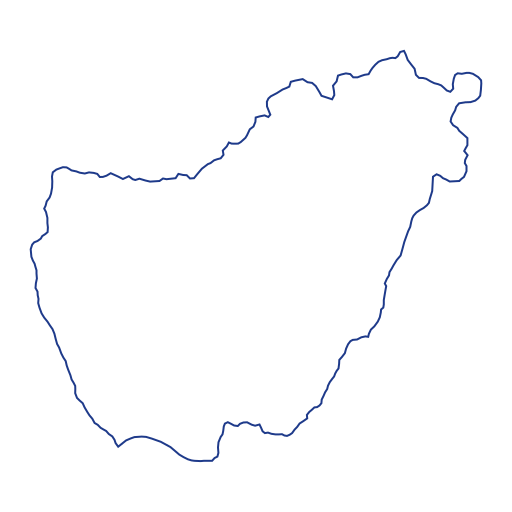 Mirante do Paranapanema, São Paulo, Brazil (Robinson projection)
{"feature_id": "56859067B9133941340903", "entity_name": "Mirante do Paranapanema", "entity_type": "district", "adm_level": 2, "iso_a3": "BRA", "parent_name": "Brazil", "parent_adm1": "São Paulo", "projection": "robinson", "projection_center": [-51.978, -22.346], "detail": "fine", "context": "isolated", "style": "outline", "palette": "blue", "viewbox_px": 512, "rotation_deg": 0, "n_neighbors": 0, "source": "geoboundaries", "source_scale": "gbopen_adm2", "svg_char_len": 4285}
<svg xmlns="http://www.w3.org/2000/svg" viewBox="0 0 512 512"><path d="M51.0,193.7L49.6,197.5L46.7,201.4L45.6,205.7L44.2,208.6L46.0,212.0L47.4,217.9L47.4,223.1L47.9,227.4L47.6,232.1L45.4,234.0L42.2,236.1L40.8,238.6L37.5,241.0L34.2,242.3L32.2,244.6L30.7,249.2L31.1,253.7L31.4,256.8L32.9,260.6L34.6,263.7L35.4,266.7L36.5,270.3L36.5,273.6L36.9,278.5L35.9,283.2L35.5,288.0L37.5,291.6L37.7,295.2L38.5,298.9L38.2,303.1L39.5,307.7L41.6,313.4L44.2,317.6L47.6,321.8L49.7,325.1L52.5,329.1L54.4,333.7L55.7,339.0L57.1,344.0L59.1,347.5L61.3,353.5L63.4,357.6L65.7,361.1L66.7,365.5L68.1,369.5L70.4,375.2L71.6,379.5L73.5,382.6L75.2,385.9L75.3,388.9L75.2,393.2L77.0,397.9L79.6,400.5L82.7,403.2L84.6,407.4L87.5,412.3L89.5,415.4L92.3,418.7L94.6,423.0L97.7,424.8L100.6,427.8L103.5,429.5L106.2,431.0L108.8,434.0L112.3,436.4L114.5,439.8L115.6,443.1L118.2,446.7L126.1,440.4L130.8,438.4L134.4,437.1L141.7,436.6L146.1,436.9L151.8,438.6L160.8,441.8L170.5,447.1L179.3,454.6L183.5,457.1L187.9,459.3L191.5,460.4L194.3,460.8L200.6,461.1L203.9,460.8L212.1,460.8L214.6,458.0L217.4,456.6L218.4,452.9L218.0,447.4L218.5,442.2L220.7,436.9L222.5,434.4L223.2,431.1L223.8,426.4L224.9,423.6L227.8,422.2L231.0,423.8L234.1,425.5L237.8,426.0L240.0,423.8L243.4,422.5L247.1,422.3L251.7,424.7L255.1,425.7L259.5,424.5L261.1,427.8L262.6,431.3L264.9,433.1L268.0,432.6L271.4,433.8L275.5,434.4L278.9,434.4L282.0,434.2L284.4,435.5L287.0,435.9L289.6,434.8L292.1,433.1L294.6,429.6L297.2,426.9L299.6,423.5L303.2,421.2L307.2,418.4L306.9,414.9L309.3,411.9L311.5,410.1L314.4,407.4L317.1,407.1L319.5,405.5L321.4,403.2L321.7,399.6L323.4,396.2L325.1,392.3L327.2,389.0L328.0,385.7L329.8,382.1L332.4,378.6L334.1,376.5L335.2,373.5L336.7,370.8L338.5,368.5L339.1,363.9L339.3,359.9L341.9,357.0L344.9,353.1L346.1,348.6L348.1,344.2L350.4,341.2L352.7,339.9L357.1,339.5L361.3,337.3L365.4,336.4L368.2,336.8L368.9,333.8L370.9,329.6L374.3,326.4L377.8,321.6L379.8,317.3L380.8,312.5L381.1,309.5L383.3,307.6L383.8,304.5L383.8,300.0L384.6,295.2L385.4,290.5L386.2,286.1L384.8,283.5L386.8,279.0L389.0,275.4L389.5,272.1L391.7,268.6L393.5,265.3L396.7,260.1L400.6,255.5L402.4,249.1L403.4,245.4L404.3,242.0L408.1,231.3L410.2,226.9L411.3,221.5L412.2,218.3L413.6,215.6L416.4,212.5L420.0,210.0L423.6,208.0L426.9,205.3L428.9,202.9L429.8,198.9L431.2,194.4L432.2,191.1L432.4,187.6L433.0,176.7L436.6,174.3L440.2,175.8L443.0,178.2L446.1,179.5L449.7,181.5L459.3,181.0L461.3,179.0L464.0,176.9L466.5,171.2L466.5,166.0L464.8,163.1L465.2,159.8L467.6,155.2L464.2,151.0L465.6,148.3L467.4,145.2L467.4,141.4L467.4,138.1L463.0,134.1L459.2,130.8L457.4,127.9L453.1,125.2L450.6,121.5L451.3,117.7L452.8,114.4L455.1,110.4L456.2,106.8L459.1,103.3L465.4,102.3L470.6,102.1L475.3,100.6L478.3,98.2L480.2,95.7L480.9,89.9L481.3,83.4L481.1,80.3L478.2,77.1L472.9,73.8L469.4,72.9L466.4,72.9L461.8,73.8L457.7,73.3L455.1,75.0L453.8,78.7L452.8,84.2L453.2,88.7L450.3,91.8L446.8,90.5L443.8,87.7L441.2,85.4L438.2,84.2L434.3,83.2L430.6,81.4L426.2,78.8L423.0,78.0L419.0,77.9L415.9,74.8L414.6,68.8L411.2,64.5L407.7,59.9L405.7,54.4L404.0,50.9L400.2,52.0L397.7,56.3L395.4,58.1L392.4,57.8L389.8,58.2L386.8,59.2L382.1,60.2L378.5,61.8L375.3,64.7L372.6,67.8L370.7,70.5L368.6,74.2L364.6,74.8L361.5,75.8L357.6,77.3L353.2,77.3L350.3,74.1L345.9,73.4L341.3,74.5L338.0,75.6L336.6,81.4L333.0,85.7L334.0,91.2L334.3,95.1L332.1,99.3L327.6,97.8L321.5,95.8L319.4,92.0L315.8,86.1L312.1,82.9L307.5,82.2L302.7,79.1L295.2,80.6L290.8,81.8L289.3,86.6L286.4,88.0L282.6,89.5L276.9,93.1L270.8,96.3L268.4,98.5L266.9,101.7L267.0,106.4L270.3,114.7L268.3,117.0L264.6,115.4L259.6,116.4L255.7,117.5L255.4,121.8L253.5,126.5L249.8,129.3L247.0,135.3L245.4,137.9L240.7,142.1L238.2,143.6L235.0,143.7L231.6,143.6L228.9,142.5L226.8,146.4L222.8,150.5L223.5,154.8L220.7,158.3L217.3,159.2L214.1,160.3L210.5,163.1L207.9,164.1L201.9,168.7L197.3,174.1L194.0,178.2L190.0,178.5L186.7,175.2L183.2,175.0L178.4,173.9L175.6,178.2L166.5,179.2L163.0,178.5L159.5,181.0L153.2,181.4L150.1,181.6L145.4,180.5L139.4,178.7L135.3,180.0L132.7,179.2L128.9,176.2L122.9,179.0L118.0,176.5L110.7,173.2L106.5,175.7L102.9,176.9L99.8,177.0L97.3,173.9L93.7,172.9L89.0,172.4L84.8,173.5L79.8,172.7L76.3,171.4L71.5,170.4L69.2,168.9L66.6,167.4L62.9,167.2L59.5,168.4L56.3,169.6L52.8,172.3L52.0,176.5L52.3,181.3L52.1,187.6L51.0,193.7Z" fill="none" stroke="#1e3a8a" stroke-width="2"/></svg>